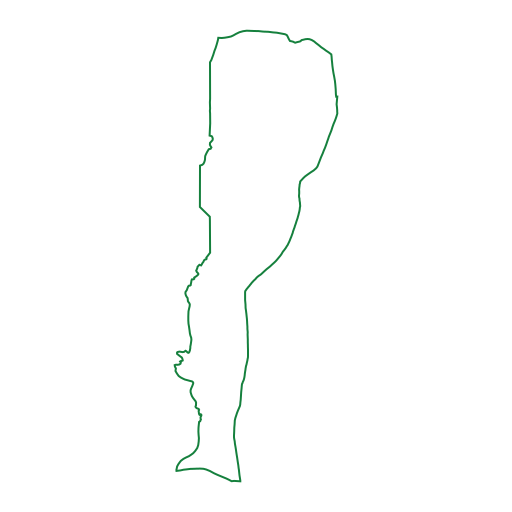 Leuk Daek, Kândal, Cambodia
{"feature_id": "14789045B16500497794809", "entity_name": "Leuk Daek", "entity_type": "district", "adm_level": 2, "iso_a3": "KHM", "parent_name": "Cambodia", "parent_adm1": "Kândal", "projection": "albers", "projection_center": [105.189, 11.12], "detail": "fine", "context": "isolated", "style": "outline", "palette": "green", "viewbox_px": 512, "rotation_deg": 0, "n_neighbors": 0, "source": "geoboundaries", "source_scale": "gbopen_adm2", "svg_char_len": 6055}
<svg xmlns="http://www.w3.org/2000/svg" viewBox="0 0 512 512"><path d="M218.3,37.8L218.0,39.7L217.5,41.6L216.6,44.8L215.6,48.0L214.5,50.8L213.2,55.0L212.0,58.2L211.4,59.9L210.0,62.3L210.1,98.9L209.9,102.2L210.0,105.5L210.1,108.6L209.9,110.9L210.1,113.4L210.2,123.4L209.6,135.6L211.7,136.2L212.4,137.3L212.8,138.9L212.5,140.2L211.7,141.1L210.0,142.9L209.9,144.8L210.4,145.9L211.4,147.4L210.6,148.8L208.8,149.2L207.1,152.0L205.9,154.4L205.2,156.1L205.1,157.3L205.0,159.4L204.8,160.5L204.2,162.3L203.5,163.7L202.3,164.8L200.6,165.4L200.0,165.6L199.9,207.0L209.8,216.7L209.9,220.3L210.1,252.7L206.3,257.7L206.6,258.8L206.2,259.3L204.9,259.6L204.0,260.4L203.5,261.7L202.5,263.0L201.7,264.5L201.1,265.4L199.4,264.8L197.6,266.7L197.3,268.1L196.6,269.8L196.2,270.7L196.9,272.1L197.7,272.8L198.4,274.0L197.9,274.9L196.5,276.1L194.2,277.6L194.3,278.7L193.7,279.3L191.9,279.4L191.5,280.4L191.2,282.3L190.9,283.7L190.7,285.1L190.0,285.6L188.9,285.7L188.2,286.4L187.4,288.5L186.8,290.1L185.5,292.0L185.4,293.4L185.7,294.7L186.0,295.6L186.8,297.0L187.6,298.1L187.8,299.8L187.9,301.0L188.2,301.7L189.0,302.7L189.6,303.8L189.8,304.7L189.6,306.4L189.1,308.5L188.5,311.3L188.4,313.7L188.3,316.4L188.3,320.5L188.5,323.7L189.0,326.6L189.5,330.1L189.9,333.4L190.4,335.5L191.2,337.7L191.4,339.8L191.1,342.0L190.8,344.1L190.3,346.7L190.3,348.1L190.1,349.1L189.9,350.4L189.2,352.2L188.6,352.8L187.7,352.6L187.2,352.1L186.4,351.3L185.5,350.8L184.7,351.4L184.0,351.9L182.5,352.1L181.3,351.9L179.5,351.6L178.1,351.9L177.4,352.1L177.0,352.8L177.1,353.9L179.0,355.4L179.9,356.1L181.8,357.5L182.2,358.3L182.6,359.6L182.7,360.5L181.6,361.0L180.7,361.1L180.1,361.5L180.8,362.5L180.5,363.7L179.3,364.5L177.6,364.8L176.0,364.7L174.7,365.1L174.8,366.1L175.2,367.2L175.9,368.4L175.6,370.1L175.5,371.0L176.5,372.8L177.4,374.2L178.7,376.0L180.8,377.5L182.9,378.6L184.8,379.5L187.8,380.3L189.9,380.9L192.0,381.4L192.8,382.0L193.2,382.7L193.2,383.5L193.0,384.1L192.2,386.2L191.2,388.4L190.6,390.2L190.6,392.2L191.3,394.5L191.9,396.1L193.0,397.9L194.3,399.6L195.7,401.4L196.1,402.8L196.0,404.2L196.0,405.4L195.5,406.4L195.7,407.2L196.6,408.1L197.5,408.5L198.6,408.9L199.1,409.9L198.6,411.0L198.8,412.0L199.0,413.8L199.5,414.8L200.0,415.1L200.8,414.3L201.4,415.0L201.3,415.7L200.7,416.9L200.5,417.8L200.7,418.9L200.9,419.6L200.4,420.3L200.2,421.2L199.1,421.9L199.0,422.9L198.7,425.6L198.5,427.8L198.4,431.6L198.6,435.0L198.9,438.2L198.7,441.5L198.2,445.2L197.2,448.1L195.1,451.1L193.2,453.2L191.3,454.6L188.9,456.2L186.0,457.5L183.4,458.9L180.9,460.8L179.7,462.3L178.3,464.3L177.1,466.5L176.7,468.6L176.4,469.9L176.5,470.9L178.2,470.7L180.5,470.4L183.6,469.7L186.4,469.4L190.4,468.9L193.8,468.8L196.2,468.7L200.1,468.6L203.5,468.8L206.2,469.5L209.9,471.0L214.1,473.3L217.6,474.9L221.7,476.6L226.3,478.5L229.0,479.8L231.6,481.2L234.1,480.9L238.6,481.2L240.3,481.3L240.3,480.5L240.0,478.5L239.5,475.4L239.2,472.7L238.9,469.8L238.6,467.9L238.3,465.3L237.7,461.5L237.2,458.0L236.6,454.3L236.2,451.6L235.9,449.4L235.5,446.9L235.1,444.7L234.9,443.4L234.7,441.3L234.2,438.8L234.0,437.3L234.0,435.1L234.1,433.5L234.2,431.3L234.3,427.6L234.6,424.3L234.8,420.5L235.4,417.9L236.2,415.5L237.0,413.0L237.9,410.7L239.1,407.9L239.9,406.0L240.2,404.6L240.4,402.3L240.7,399.8L240.9,396.8L241.2,392.0L241.6,388.1L241.8,385.6L242.0,384.0L242.4,383.3L242.7,382.3L243.1,381.3L243.4,380.8L243.7,380.0L244.0,379.0L244.2,378.1L244.4,377.2L244.7,375.2L244.8,373.9L245.0,372.5L245.2,371.2L245.4,370.1L245.6,368.4L245.8,367.3L246.0,366.1L246.5,364.5L246.8,363.0L247.1,361.7L247.4,360.4L247.6,358.9L247.9,357.8L248.0,356.2L248.0,355.0L248.0,353.3L248.0,352.0L248.0,351.0L248.0,349.8L247.9,346.7L247.9,345.2L247.8,342.5L247.8,339.4L247.7,337.0L247.6,334.5L247.7,332.1L247.4,328.9L247.4,326.6L247.2,323.9L247.1,321.6L246.9,318.7L246.6,316.0L246.4,314.0L246.0,310.7L245.6,308.0L245.5,304.5L245.3,302.2L245.1,300.1L245.1,298.0L245.1,296.2L245.1,294.0L245.1,292.1L245.3,291.0L246.1,289.9L246.7,289.0L247.4,288.2L248.5,286.8L249.1,286.2L250.3,284.6L250.7,284.2L251.2,283.5L251.9,282.6L252.6,281.9L253.3,281.1L254.1,280.3L255.0,279.5L255.6,278.9L256.3,278.0L257.1,277.2L257.9,276.5L258.8,275.8L259.9,275.1L260.8,274.5L261.8,273.6L263.4,272.1L264.8,270.8L266.7,269.1L268.1,268.0L270.1,266.4L272.0,264.6L273.8,263.0L275.7,261.2L277.1,259.6L278.5,257.9L280.1,256.0L281.3,254.4L283.0,251.5L283.8,250.6L285.0,249.0L285.8,247.9L286.8,246.2L287.6,245.1L288.3,243.6L289.1,242.0L289.8,240.4L290.4,238.8L291.1,237.2L291.8,235.3L292.3,233.9L292.7,232.9L293.0,231.5L293.5,230.2L294.0,228.7L294.5,227.5L295.0,225.7L295.4,224.7L295.9,223.2L296.4,221.5L296.9,220.1L297.6,218.0L298.0,216.4L298.3,215.5L298.6,214.3L298.9,213.0L299.4,211.1L299.7,209.3L299.9,207.4L300.2,206.1L300.1,205.0L300.0,203.8L299.9,202.3L299.7,201.4L299.5,200.0L299.5,198.8L299.1,197.1L299.0,195.9L299.1,194.6L299.2,193.5L299.2,192.3L299.2,191.1L299.1,189.7L299.2,188.5L299.3,187.5L299.5,186.1L299.6,184.6L299.9,183.6L300.2,182.0L300.2,181.5L301.0,180.6L302.4,179.1L303.3,178.1L305.1,176.4L307.4,174.7L311.1,172.1L313.6,170.5L316.1,168.3L317.4,166.6L318.2,164.6L319.4,161.5L321.0,157.3L322.8,153.2L323.7,150.8L325.0,147.8L326.2,144.6L327.3,141.3L328.2,138.8L328.9,136.6L329.8,134.4L331.4,130.4L332.5,126.9L333.7,123.6L334.7,121.3L335.7,118.7L336.5,116.3L337.3,113.6L337.3,112.9L337.2,111.9L337.2,110.4L337.0,107.6L336.7,105.1L336.6,104.3L336.8,102.0L337.3,96.6L336.2,96.7L335.9,94.4L335.7,89.3L335.3,84.4L334.9,80.8L334.2,76.8L333.5,73.3L332.9,69.5L332.4,65.8L332.1,62.5L331.8,59.8L331.6,56.8L331.3,54.4L328.7,52.4L326.1,50.7L323.7,48.9L321.3,47.3L318.8,45.2L315.8,42.9L314.2,41.5L311.7,40.0L309.5,39.2L307.6,39.0L305.4,39.2L303.4,39.7L301.6,40.1L300.4,41.3L299.6,41.5L299.1,41.7L298.1,41.9L296.9,42.2L295.2,42.7L294.4,42.4L293.4,41.8L291.6,41.3L290.0,41.0L289.3,39.9L288.6,38.6L287.6,36.4L286.7,35.0L284.9,34.2L281.7,33.6L276.8,32.7L273.0,32.4L268.5,31.8L263.2,31.6L258.7,31.1L254.2,31.0L251.4,30.9L246.8,30.7L243.1,31.2L239.5,32.2L236.0,33.9L233.4,35.4L231.0,36.5L228.3,37.1L224.8,37.7L221.8,38.0L219.9,37.9L218.3,37.8Z" fill="none" stroke="#15803d" stroke-width="2"/></svg>